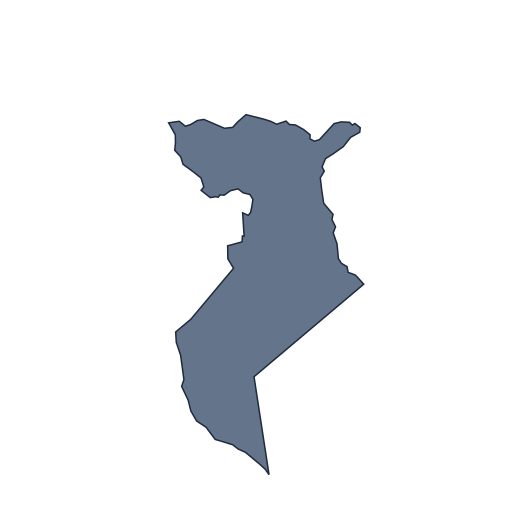 Beruniy, Karakalpakstan, Uzbekistan (orthographic projection), rotated 131°
{"feature_id": "79887680B9862753118700", "entity_name": "Beruniy", "entity_type": "district", "adm_level": 2, "iso_a3": "UZB", "parent_name": "Uzbekistan", "parent_adm1": "Karakalpakstan", "projection": "orthographic", "projection_center": [60.771, 42.004], "detail": "fine", "context": "isolated", "style": "filled", "palette": "slate", "viewbox_px": 512, "rotation_deg": 131, "n_neighbors": 0, "source": "geoboundaries", "source_scale": "gbopen_adm2", "svg_char_len": 1328}
<svg xmlns="http://www.w3.org/2000/svg" viewBox="0 0 512 512"><g transform="rotate(131 256 256)"><path d="M90.8,261.5L91.1,268.3L94.0,269.2L93.7,273.1L98.9,279.7L104.8,283.9L126.6,284.5L131.0,287.2L132.2,292.1L129.0,294.7L129.3,303.0L131.2,312.2L134.8,317.0L134.5,321.9L143.0,326.9L144.7,333.2L147.4,339.5L155.9,356.3L167.0,357.8L174.3,358.0L180.3,363.6L187.1,384.9L192.1,389.1L199.9,391.7L204.4,394.5L204.7,402.3L212.8,409.3L217.5,396.4L223.1,391.3L229.6,386.6L230.6,377.7L234.7,371.2L233.6,358.5L233.2,348.7L238.1,340.7L242.5,340.5L241.9,328.8L237.9,325.5L236.4,323.1L233.5,323.2L230.9,319.9L223.6,318.2L217.1,313.6L216.8,307.2L213.6,301.0L215.3,295.5L220.9,291.9L226.6,288.7L230.4,288.5L232.2,294.4L248.8,278.0L249.8,279.4L254.5,275.8L266.9,284.1L276.6,275.4L280.0,264.9L346.5,263.7L366.0,266.8L373.4,259.6L380.5,247.6L396.6,229.3L403.2,226.6L409.3,212.6L415.7,203.5L419.5,192.6L418.0,181.3L421.2,166.5L413.7,149.7L413.4,142.8L411.1,135.1L410.7,116.0L410.9,109.1L412.5,102.7L348.4,178.3L206.6,156.2L205.5,165.1L205.2,168.5L207.9,175.8L204.3,180.3L205.5,186.7L203.9,192.1L193.7,202.8L187.9,212.9L181.8,215.1L178.7,222.6L174.0,225.2L171.8,239.5L163.5,249.2L154.8,258.8L147.2,260.1L145.4,264.6L136.9,267.4L128.1,264.8L116.4,261.9L104.3,262.4L94.5,258.9L90.8,261.5Z" fill="#64748b" stroke="#1e293b" stroke-width="1.5"/></g></svg>